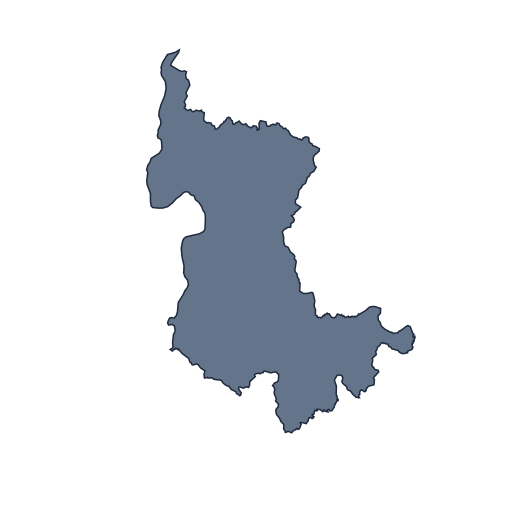 Mae Sariang, Mae Hong Son, Thailand, rotated 32°
{"feature_id": "78962969B31524896745165", "entity_name": "Mae Sariang", "entity_type": "district", "adm_level": 2, "iso_a3": "THA", "parent_name": "Thailand", "parent_adm1": "Mae Hong Son", "projection": "mercator", "projection_center": [97.922, 18.297], "detail": "fine", "context": "isolated", "style": "filled", "palette": "slate", "viewbox_px": 512, "rotation_deg": 32, "n_neighbors": 0, "source": "geoboundaries", "source_scale": "gbopen_adm2", "svg_char_len": 6137}
<svg xmlns="http://www.w3.org/2000/svg" viewBox="0 0 512 512"><g transform="rotate(32 256 256)"><path d="M421.5,289.3L420.1,288.1L416.8,289.3L414.7,288.0L413.5,288.2L411.9,286.9L410.1,282.2L408.7,281.2L410.3,275.9L408.0,273.4L408.2,271.5L407.3,268.7L408.2,267.1L408.4,263.1L409.3,262.3L410.2,262.7L411.5,261.6L412.6,261.8L414.5,260.8L416.4,262.3L418.2,262.0L420.6,262.7L426.5,260.8L428.5,261.6L431.4,261.4L433.1,260.4L435.1,258.5L435.2,257.4L435.7,257.5L435.2,256.1L437.3,253.5L437.9,251.8L437.2,251.1L437.4,250.2L435.2,248.5L435.4,247.0L434.7,247.0L435.2,244.9L434.2,244.9L434.9,243.7L434.0,242.3L434.4,241.6L433.3,240.0L432.3,241.4L431.4,240.6L431.8,239.7L431.3,238.6L430.0,238.6L424.4,234.3L421.9,234.4L421.1,235.2L417.9,243.3L417.2,243.7L416.9,246.0L415.1,247.6L412.2,249.2L411.6,248.7L410.3,249.4L404.5,249.8L400.4,249.3L398.1,248.2L397.0,246.8L393.7,245.5L391.2,242.2L391.9,238.7L389.5,234.4L383.2,236.0L380.6,237.8L379.1,239.7L377.9,244.2L374.4,250.9L373.7,250.9L374.0,251.8L372.4,255.2L371.4,255.0L370.9,255.9L369.7,256.0L368.8,256.8L368.8,257.8L368.1,257.7L367.1,258.8L366.2,258.2L364.4,260.8L362.0,260.2L361.8,261.0L360.5,261.1L359.7,260.3L358.9,261.4L355.8,262.0L355.8,266.1L354.1,267.5L352.1,267.9L348.7,266.2L347.4,267.3L346.6,266.8L346.0,268.8L345.3,269.0L345.5,270.7L344.5,270.8L344.3,273.3L343.6,274.3L342.8,274.1L340.8,275.5L339.5,274.4L338.1,274.5L337.1,273.8L335.1,270.2L331.8,267.6L329.5,262.7L324.6,257.8L323.4,257.1L321.9,257.7L320.4,259.7L316.1,262.7L311.6,262.6L307.7,255.5L306.4,255.4L304.8,253.1L301.6,251.5L300.3,249.4L298.2,248.9L296.4,247.4L293.2,239.7L292.5,238.8L290.0,238.0L289.0,235.7L287.2,234.8L283.2,234.4L278.6,231.6L275.4,232.1L274.1,231.4L271.1,228.3L269.6,225.5L265.5,221.6L265.8,219.0L267.8,214.9L270.1,213.2L268.5,209.9L269.7,207.4L269.4,205.3L267.6,203.7L264.6,203.1L266.3,200.5L266.1,197.4L266.8,196.6L268.1,190.9L261.8,190.7L259.7,187.6L260.5,184.9L257.5,177.2L258.2,174.4L257.9,171.6L259.4,168.0L258.0,162.1L258.8,160.2L258.4,157.0L260.2,153.5L260.0,148.7L257.8,148.3L253.7,144.4L252.4,142.0L252.1,139.8L254.0,133.5L252.9,131.4L248.3,131.6L245.8,132.4L244.0,131.2L242.3,131.5L240.2,130.8L238.5,128.1L237.4,127.7L234.9,128.7L233.5,130.8L233.5,133.4L231.1,133.5L230.4,134.4L227.9,134.1L224.6,135.3L221.1,135.0L216.9,132.6L215.4,132.8L213.4,131.9L211.8,133.6L210.5,132.8L206.7,132.5L205.4,131.5L203.3,132.0L202.9,134.7L200.8,135.0L199.0,137.4L199.0,138.4L196.9,140.0L196.3,140.0L193.4,137.0L188.0,138.9L188.2,141.9L191.5,146.6L190.5,148.6L190.0,148.6L189.9,147.2L187.6,145.9L184.7,146.9L184.2,149.4L183.3,150.1L179.4,150.3L178.4,149.3L177.1,149.3L175.9,151.2L173.6,151.6L170.2,150.5L169.5,152.4L168.3,153.5L168.2,155.1L166.7,156.4L164.2,153.9L162.7,153.8L160.7,152.5L159.0,153.0L158.3,154.4L158.4,158.1L157.5,158.9L158.0,160.0L156.3,164.3L156.7,165.5L155.4,169.3L154.3,170.0L151.8,167.8L149.2,168.5L147.6,167.1L144.5,168.2L144.0,169.3L140.3,168.8L139.0,167.6L136.3,161.9L133.5,162.3L132.5,161.2L131.5,162.9L127.9,164.1L126.8,166.4L125.4,167.4L122.8,166.3L120.9,168.9L116.6,168.3L116.8,166.6L116.1,165.0L113.4,163.3L113.0,156.8L110.1,154.9L109.3,146.1L105.5,142.6L103.4,142.7L101.7,141.4L100.2,139.3L99.4,136.6L97.1,136.9L95.8,138.5L93.3,139.4L82.4,139.5L81.9,135.4L82.5,124.6L81.7,121.9L79.8,125.8L74.1,132.1L74.3,141.6L75.6,146.6L77.0,147.8L78.3,150.8L80.2,152.9L86.7,156.1L91.0,161.5L93.7,168.9L95.3,178.2L97.2,184.6L99.2,188.5L103.0,191.3L104.8,193.6L105.5,195.1L106.2,201.0L107.8,203.5L108.6,206.3L110.4,207.8L113.0,207.5L114.7,208.3L119.7,215.2L119.5,220.1L115.4,228.7L116.3,232.6L116.2,236.3L117.5,240.8L119.8,242.3L123.5,250.1L125.8,253.1L133.4,259.0L137.4,265.4L140.7,269.2L142.9,269.6L148.4,266.8L151.7,264.6L155.0,260.9L157.1,255.0L158.0,249.6L160.0,244.8L161.0,240.4L162.2,238.9L164.7,237.6L168.2,238.7L171.7,237.8L174.7,240.3L179.0,240.8L183.6,242.8L187.3,245.6L190.1,246.7L193.0,250.7L198.3,259.9L198.7,262.8L196.1,267.3L186.7,276.6L185.6,279.3L185.8,282.0L188.4,288.9L193.8,296.0L200.2,302.5L203.7,308.8L206.7,311.3L210.6,312.7L213.6,315.7L214.5,319.3L214.1,323.0L214.7,327.1L214.7,336.7L218.9,344.8L220.0,348.5L219.5,352.2L217.3,352.8L215.6,354.3L216.1,358.4L216.7,359.7L218.4,360.9L221.1,358.6L223.7,358.4L227.3,362.5L227.6,366.3L231.0,373.4L233.9,377.3L233.8,379.0L232.7,380.7L235.3,381.0L236.7,377.0L237.3,377.3L237.6,376.5L238.8,376.7L239.5,376.0L239.7,376.7L240.2,376.4L245.4,377.9L253.1,378.5L256.2,381.0L257.5,380.9L259.3,382.1L260.4,381.8L262.6,379.1L264.4,378.8L268.4,380.3L273.5,380.5L274.7,384.1L277.0,386.8L279.2,384.7L279.8,385.0L283.6,382.6L285.7,382.9L292.4,379.8L295.5,381.2L299.4,381.6L302.1,380.9L305.6,382.3L310.8,381.8L312.7,383.1L314.3,382.7L316.2,383.2L316.7,382.3L316.1,379.9L311.7,378.0L311.1,376.4L311.9,375.5L315.3,374.8L317.0,372.2L319.3,371.5L319.2,369.3L317.3,365.8L319.3,358.6L317.9,358.0L317.8,356.6L320.0,354.3L322.0,353.6L322.3,352.5L323.8,351.3L323.8,349.1L330.3,347.4L334.1,343.7L338.2,344.7L340.7,349.3L340.8,351.3L339.0,353.9L338.7,357.2L340.8,357.6L342.8,359.5L343.6,362.0L344.9,363.5L348.8,366.2L349.4,368.6L353.6,369.8L354.7,372.1L354.2,375.3L355.5,377.7L357.3,379.5L362.1,381.2L364.6,383.1L368.8,384.1L371.1,388.1L373.1,388.8L374.4,390.1L376.3,387.6L379.9,387.0L380.6,383.3L381.7,382.4L381.9,380.6L383.4,380.8L384.4,379.6L383.4,374.6L381.9,374.1L383.4,372.8L387.4,371.6L387.6,368.1L386.7,365.8L387.5,364.1L389.5,364.2L390.3,363.5L390.4,361.7L388.9,361.9L388.0,361.2L388.6,360.9L388.0,360.3L388.9,359.4L387.6,355.8L389.5,355.3L389.9,354.6L388.8,353.8L391.9,352.2L395.1,352.7L395.3,350.6L396.4,351.1L399.7,350.1L398.1,349.0L399.1,347.4L400.7,348.3L402.4,346.9L402.4,342.6L401.8,341.5L401.9,339.3L401.3,338.8L401.7,336.8L401.0,335.5L402.2,335.1L401.6,334.0L400.7,334.2L398.8,331.7L397.5,331.1L393.1,323.7L388.2,319.7L388.0,314.4L390.4,312.3L392.3,312.1L394.4,313.4L395.3,316.9L397.0,318.1L401.8,318.7L404.4,320.9L407.9,320.5L411.4,322.0L415.9,322.8L417.6,321.4L418.4,322.5L418.2,321.6L418.7,321.3L417.5,320.8L416.9,318.7L417.4,318.4L415.9,316.2L416.0,314.3L417.1,313.4L419.5,313.7L420.5,313.1L420.7,311.6L420.0,310.9L420.3,306.9L424.3,302.7L422.1,298.3L420.1,297.0L421.5,289.3Z" fill="#64748b" stroke="#1e293b" stroke-width="1.5"/></g></svg>